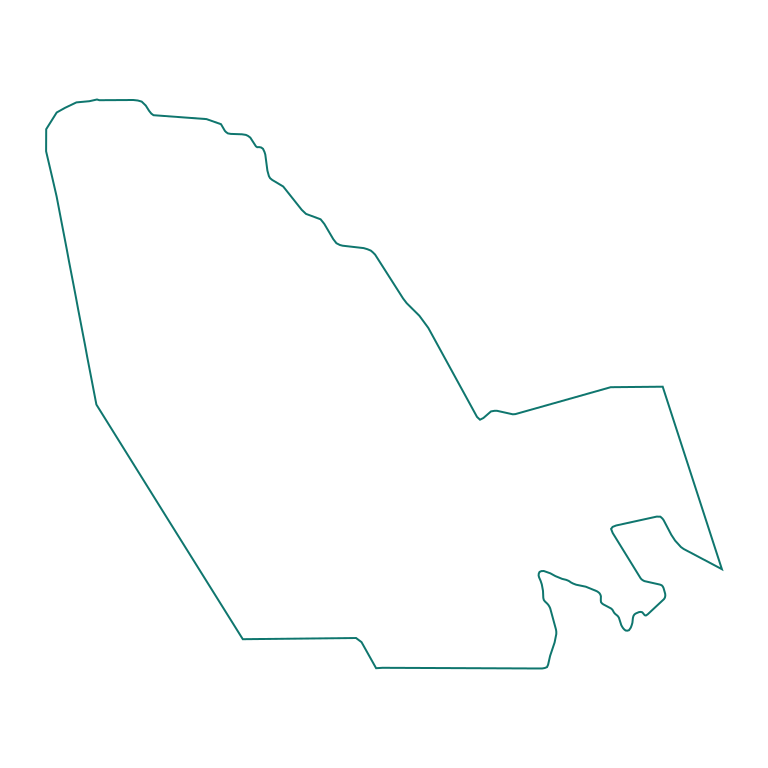 outline of Lac
{"feature_id": "TCD-1466", "entity_name": "Lac", "entity_type": "Prefecture", "adm_level": 1, "iso_a3": "TCD", "parent_name": "Chad", "parent_adm1": "", "projection": "natural_earth1", "projection_center": [14.654, 13.759], "detail": "fine", "context": "isolated", "style": "outline", "palette": "teal", "viewbox_px": 768, "rotation_deg": 0, "n_neighbors": 0, "source": "natural_earth", "source_scale": "10m", "svg_char_len": 2343}
<svg xmlns="http://www.w3.org/2000/svg" viewBox="0 0 768 768"><path d="M242.8,639.2L169.5,521.9L96.4,404.6L94.1,392.7L91.8,380.7L89.5,368.8L87.2,356.9L85.0,344.9L82.7,333.0L80.4,321.0L78.1,309.1L75.9,297.2L73.6,285.2L71.3,273.3L69.0,261.4L66.8,249.5L64.5,237.5L62.2,225.6L59.9,213.6L56.6,196.4L52.2,177.3L46.1,151.3L46.2,129.2L56.7,112.5L64.9,107.9L76.4,102.4L89.4,101.2L97.0,99.5L99.3,100.2L133.3,100.0L137.8,100.5L141.7,101.6L145.8,105.6L149.0,110.7L151.3,113.6L153.5,115.2L206.5,119.1L221.0,124.2L224.9,130.9L226.2,132.2L227.9,133.4L230.8,133.9L242.0,134.3L245.9,134.9L248.0,135.9L250.3,137.6L255.9,146.3L257.2,147.2L259.2,147.1L261.2,147.5L263.0,148.8L264.5,152.0L265.3,154.6L267.4,170.6L268.9,176.1L270.1,178.2L272.3,180.0L283.2,186.5L301.7,209.8L306.0,213.9L320.6,219.3L324.3,223.9L333.3,239.2L336.4,243.2L339.9,245.0L342.6,245.7L363.7,248.1L367.4,249.2L370.8,250.6L372.7,252.2L375.1,254.6L403.1,298.5L406.7,303.2L419.4,315.8L428.3,327.9L477.0,416.9L480.0,419.7L483.4,418.0L491.0,411.4L494.6,410.8L497.0,410.8L512.8,414.3L515.4,414.1L610.7,387.2L662.7,386.7L721.9,569.2L683.7,549.0L680.9,547.0L675.1,540.6L671.3,534.8L663.6,520.1L662.4,518.5L660.4,516.7L656.7,516.6L616.1,525.5L612.6,526.9L611.1,528.9L612.7,533.0L640.5,578.1L641.5,579.3L642.9,580.3L644.4,581.1L660.0,584.6L661.7,585.3L662.8,586.5L663.6,588.2L665.2,593.9L665.3,595.8L664.9,597.6L664.0,599.1L647.6,614.4L645.9,615.5L644.7,615.2L642.3,612.3L640.7,611.9L639.0,612.1L636.4,613.2L635.4,613.7L634.3,614.6L633.4,616.1L632.9,618.1L632.4,622.8L631.7,625.2L630.8,627.6L629.0,630.2L627.3,630.7L625.6,630.5L624.3,629.5L623.1,628.2L622.2,626.8L621.3,625.2L618.9,617.7L617.9,616.2L616.7,615.1L615.3,614.0L614.1,612.7L612.4,609.7L611.1,608.5L603.2,604.3L601.9,603.3L601.0,602.1L600.8,600.3L600.9,596.2L600.3,594.5L599.4,593.1L598.2,592.1L596.8,591.2L585.8,586.7L576.1,584.7L573.0,583.5L570.7,582.3L569.4,581.3L567.8,580.5L566.0,579.8L562.2,578.9L555.4,576.1L550.3,573.3L543.8,571.0L541.4,571.1L539.6,571.9L538.8,573.5L538.6,575.5L539.1,577.4L540.6,580.8L541.8,584.4L543.0,590.9L543.3,597.9L543.8,599.9L544.8,601.3L547.3,603.7L548.4,605.0L549.4,606.6L550.2,608.3L556.0,629.6L556.3,631.7L556.3,634.0L554.6,642.5L550.1,655.9L548.1,664.7L547.0,667.1L544.8,668.0L542.0,668.5L382.5,667.8L376.1,668.2L361.5,642.1L356.0,638.0L242.8,639.2Z" fill="none" stroke="#0f766e" stroke-width="2"/></svg>